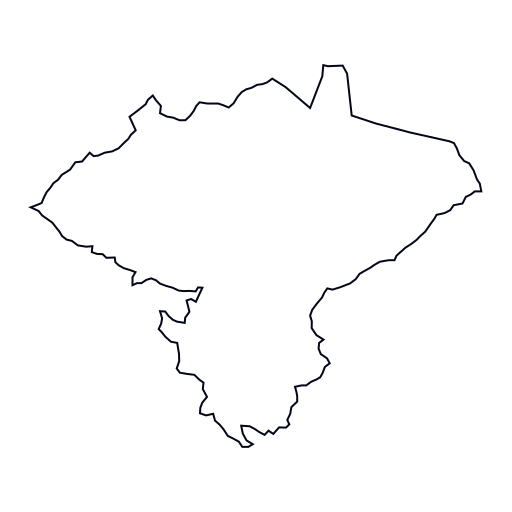 Pouso Redondo, Santa Catarina, Brazil
{"feature_id": "56859067B55889942630825", "entity_name": "Pouso Redondo", "entity_type": "district", "adm_level": 2, "iso_a3": "BRA", "parent_name": "Brazil", "parent_adm1": "Santa Catarina", "projection": "mercator", "projection_center": [-49.991, -27.303], "detail": "fine", "context": "isolated", "style": "outline", "palette": "ink", "viewbox_px": 512, "rotation_deg": 0, "n_neighbors": 0, "source": "geoboundaries", "source_scale": "gbopen_adm2", "svg_char_len": 2793}
<svg xmlns="http://www.w3.org/2000/svg" viewBox="0 0 512 512"><path d="M394.5,260.2L396.4,255.8L399.8,252.7L405.4,247.7L411.6,243.7L416.8,239.7L419.9,236.4L425.3,231.6L430.8,223.6L434.3,218.8L436.6,214.8L444.5,213.1L450.2,210.2L453.7,205.2L462.5,203.5L465.8,196.9L470.6,194.6L474.8,191.4L481.3,191.4L479.8,183.6L477.0,179.5L473.6,170.4L469.2,163.3L464.1,161.0L459.3,155.1L456.9,148.5L454.0,143.1L449.1,141.2L409.7,132.4L404.2,130.9L376.2,123.6L351.7,115.5L347.1,73.7L342.7,65.6L327.9,66.2L323.3,65.1L322.3,76.3L310.1,108.0L285.6,87.1L272.2,78.6L267.3,82.3L262.5,84.1L257.2,84.8L251.3,87.9L246.3,89.3L241.7,92.1L237.5,96.9L233.6,103.3L228.7,107.5L223.2,105.2L218.1,103.5L207.2,103.5L199.6,102.3L196.3,105.9L193.6,111.1L190.1,115.8L185.4,120.2L179.7,120.3L173.0,117.6L167.0,116.6L160.0,113.2L160.9,105.9L155.9,100.2L152.8,95.5L147.8,99.9L145.7,104.2L141.7,107.4L136.0,111.9L129.5,116.8L135.7,130.3L130.9,134.8L128.3,138.9L124.0,142.9L118.6,148.3L112.1,151.4L104.7,152.7L98.0,155.6L93.6,156.1L89.7,152.7L86.0,156.9L82.1,161.5L75.3,162.3L70.1,169.6L61.7,174.9L58.2,179.6L53.4,183.2L50.6,187.4L46.5,192.3L43.9,197.5L41.6,203.0L37.4,204.8L30.7,207.3L38.6,211.0L42.3,215.6L47.2,219.0L52.3,222.6L56.2,227.6L59.8,232.1L62.0,236.0L66.6,239.6L71.9,240.9L77.9,245.4L86.2,246.7L92.4,246.2L91.8,252.1L96.9,253.9L102.7,254.2L106.4,257.8L114.7,257.5L115.4,262.2L118.7,265.3L123.9,268.2L129.9,270.0L135.5,272.1L132.5,277.3L132.5,285.2L137.1,283.1L141.5,283.1L146.3,279.9L151.2,278.4L155.9,280.2L160.0,283.6L166.1,285.9L172.6,287.7L178.8,290.6L183.8,291.1L189.4,290.9L195.6,291.4L198.1,287.4L202.4,287.7L198.7,295.6L195.9,301.8L191.0,299.0L186.6,300.5L188.2,306.8L189.4,311.8L185.2,317.7L184.7,322.9L176.9,321.6L172.9,319.8L168.6,316.1L165.2,311.5L160.0,311.2L162.1,318.3L161.2,323.5L158.7,329.1L161.8,332.3L165.3,336.7L170.9,341.7L177.2,342.9L179.0,353.9L179.2,361.2L176.7,368.5L179.9,372.7L186.9,373.9L194.3,374.8L199.6,379.9L203.5,382.6L202.8,389.1L207.0,396.9L202.3,402.6L200.3,407.9L200.0,413.3L206.1,415.4L213.2,413.8L215.0,420.6L219.5,424.5L223.6,429.4L227.8,435.9L233.1,438.5L238.9,441.7L242.3,446.9L248.3,446.9L252.8,444.2L246.5,440.4L242.8,433.6L241.2,425.7L249.8,426.3L255.1,429.2L259.2,432.0L264.6,434.9L268.5,430.7L273.3,433.9L279.1,427.4L286.0,427.6L289.3,424.4L287.3,419.9L290.2,413.9L291.4,407.1L297.2,401.6L297.2,396.1L296.3,391.4L295.0,386.8L301.6,385.4L306.2,385.4L311.1,381.8L316.4,379.5L320.2,377.3L322.6,373.0L324.9,366.9L329.7,363.3L327.0,358.3L320.8,354.1L318.6,348.7L319.1,342.9L323.5,339.6L316.4,335.1L311.7,328.1L311.8,321.3L310.1,315.6L312.2,309.9L316.4,304.2L322.1,297.4L324.4,292.5L327.3,288.4L332.6,289.6L340.3,287.2L350.1,283.4L355.7,279.2L359.6,273.8L366.0,270.1L370.4,267.7L374.0,265.1L379.9,261.7L388.7,260.2L394.5,260.2Z" fill="none" stroke="#020617" stroke-width="2"/></svg>